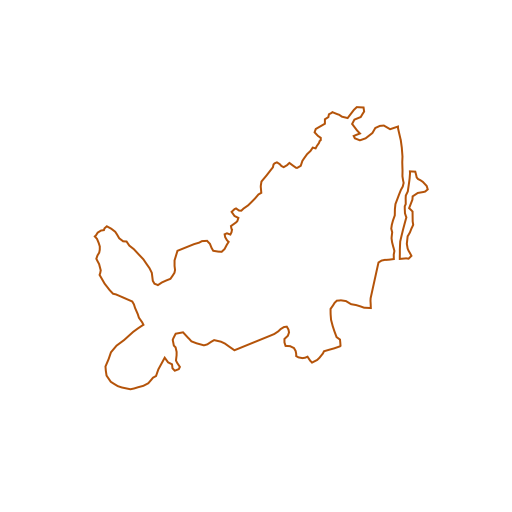 outline of Markz Matay, Al Minya, Egypt, rotated 318°
{"feature_id": "37247803B33553459827704", "entity_name": "Markz Matay", "entity_type": "district", "adm_level": 2, "iso_a3": "EGY", "parent_name": "Egypt", "parent_adm1": "Al Minya", "projection": "robinson", "projection_center": [30.727, 28.431], "detail": "fine", "context": "isolated", "style": "outline", "palette": "amber", "viewbox_px": 512, "rotation_deg": 318, "n_neighbors": 0, "source": "geoboundaries", "source_scale": "gbopen_adm2", "svg_char_len": 4854}
<svg xmlns="http://www.w3.org/2000/svg" viewBox="0 0 512 512"><g transform="rotate(318 256 256)"><path d="M150.8,133.6L149.3,133.6L149.3,136.9L147.8,141.1L146.3,144.4L144.0,146.9L141.7,148.6L138.6,149.5L135.5,151.2L134.8,153.7L134.0,157.0L131.0,162.8L128.7,164.5L127.1,165.4L126.4,168.7L125.0,175.2L124.4,183.5L124.5,188.4L126.2,190.8L133.6,207.0L132.9,210.3L131.4,213.6L129.2,220.2L127.7,223.5L127.0,229.3L126.3,231.8L124.0,231.4L119.8,230.8L114.0,230.2L101.7,230.2L92.4,229.3L83.8,230.5L77.5,234.0L70.2,237.4L67.6,240.8L64.9,244.9L63.9,252.3L64.9,255.9L66.2,260.2L68.3,263.9L73.5,271.0L76.8,272.9L80.5,274.6L85.4,277.1L90.8,278.5L95.5,277.9L98.0,277.5L101.4,278.3L107.6,274.9L120.1,270.5L119.5,276.2L121.1,280.3L118.8,283.6L118.9,286.9L122.9,288.4L125.2,287.5L125.9,282.6L126.6,280.1L130.5,276.7L132.8,274.2L135.1,270.1L135.0,267.6L138.0,262.6L139.6,261.8L144.3,260.0L150.7,263.9L150.8,271.8L150.9,272.4L150.9,273.0L150.9,276.2L153.4,281.1L157.5,287.5L158.6,288.1L160.7,289.1L165.4,289.8L168.6,290.5L172.6,296.2L174.3,300.2L175.2,304.3L176.9,311.6L180.7,313.0L186.0,314.9L213.4,324.8L217.4,326.2L222.1,326.9L225.4,326.8L229.2,327.5L231.6,329.1L231.5,329.7L230.9,332.4L229.4,334.9L226.3,336.6L221.6,336.7L219.3,339.3L217.8,342.6L221.0,345.8L222.6,349.8L221.9,353.1L220.4,355.6L218.9,357.3L219.7,359.7L222.2,363.0L224.5,364.5L226.9,365.3L226.2,370.2L226.3,371.4L226.3,372.7L231.9,374.2L235.0,374.1L240.5,373.2L242.8,372.3L247.6,374.6L252.4,377.0L257.9,379.3L258.7,379.3L260.5,377.0L262.5,374.3L261.6,370.2L263.9,364.4L266.1,359.4L269.1,353.6L272.1,349.7L273.0,348.6L276.0,345.2L280.0,344.3L283.1,343.4L286.2,343.3L288.1,344.8L289.4,345.7L292.7,349.7L294.4,355.4L297.6,359.5L300.0,363.5L301.7,366.7L306.5,371.5L309.1,368.4L311.1,365.9L312.0,365.0L312.9,364.1L315.4,362.3L339.7,344.9L342.7,342.8L346.2,343.4L349.2,345.1L350.0,345.9L352.6,347.9L356.4,350.5L359.2,347.2L362.2,344.9L363.9,341.6L364.1,341.1L366.3,336.9L368.6,333.5L370.0,332.2L373.1,329.5L374.8,326.2L377.8,323.7L381.5,321.3L386.3,318.7L390.7,314.0L394.4,310.7L398.5,308.6L403.5,306.0L408.0,303.8L411.5,302.6L414.6,300.5L416.1,297.9L418.2,294.7L422.1,290.5L423.6,288.7L427.5,284.1L431.4,280.1L436.8,273.1L441.3,266.5L441.3,266.4L445.0,259.7L446.0,257.9L447.1,256.0L448.1,254.8L440.5,251.5L439.1,247.1L438.7,245.9L438.3,244.6L435.1,242.2L430.3,240.7L424.8,242.5L416.2,241.9L411.4,239.9L410.6,239.5L408.2,234.7L408.9,232.2L411.3,233.0L415.2,234.5L415.1,230.4L415.8,222.2L420.4,220.5L426.8,222.8L430.7,221.6L433.0,221.0L435.3,217.6L430.5,212.8L426.6,212.9L416.4,214.8L413.1,210.0L412.3,206.7L411.5,205.3L410.6,203.5L409.0,200.2L408.2,200.3L405.0,199.5L402.7,201.2L398.7,200.5L395.7,203.8L385.4,201.6L382.3,203.3L382.4,208.2L383.2,211.5L381.7,213.2L380.1,213.2L378.6,214.1L374.7,215.0L372.9,215.7L372.3,215.9L370.7,213.4L366.8,214.4L362.1,214.5L357.5,215.5L354.2,216.3L349.6,218.9L345.6,218.1L344.8,217.3L343.9,213.3L343.1,209.2L341.5,209.2L339.9,209.3L336.0,208.5L335.1,206.1L335.1,203.6L334.2,200.4L331.8,199.6L330.3,199.7L327.9,201.4L326.1,201.7L324.9,201.9L317.7,203.2L309.9,204.3L306.8,206.8L305.7,207.9L305.3,208.5L302.2,212.6L299.0,211.9L293.7,212.6L292.0,212.7L288.7,212.9L284.1,213.1L279.2,212.5L278.6,212.4L275.4,212.5L273.8,210.9L273.0,207.3L271.4,206.8L267.4,206.9L266.8,211.9L268.4,215.9L265.8,217.4L265.3,217.6L263.7,217.7L258.4,217.1L257.4,217.0L255.9,219.5L255.9,220.3L253.6,222.0L251.3,222.9L249.6,219.7L247.2,218.9L245.7,221.4L245.0,224.7L245.0,226.3L245.1,227.2L241.9,228.1L237.3,229.8L233.3,229.9L230.9,227.5L227.7,223.5L228.4,220.2L229.9,216.1L229.8,213.7L229.8,212.0L225.8,208.8L222.6,208.0L219.1,206.3L217.8,205.7L201.1,199.6L193.8,204.0L192.6,204.7L188.8,208.9L186.5,212.2L184.2,213.9L181.0,214.8L178.4,215.4L177.1,215.7L173.1,214.2L168.4,212.7L163.6,212.0L163.3,211.2L162.0,208.7L162.7,205.4L165.0,202.1L167.3,198.8L168.7,193.8L169.4,188.1L170.1,183.1L169.9,176.6L169.8,169.2L168.8,163.5L169.3,160.0L169.5,158.6L167.1,156.2L166.2,151.3L166.9,148.0L167.1,147.0L167.6,143.8L166.7,138.9L165.0,134.1L161.9,134.1L160.3,135.0L157.9,133.4L154.0,132.7L150.8,133.6ZM366.0,358.2L367.6,360.1L371.6,359.9L372.4,356.7L372.9,354.2L373.7,351.9L374.9,350.0L376.2,347.9L381.9,342.8L383.4,342.4L385.1,341.8L386.1,341.5L389.9,339.6L391.9,338.8L393.7,338.0L395.6,335.1L402.1,327.7L402.0,325.2L401.8,322.9L409.9,318.8L411.1,317.7L412.3,316.5L418.4,317.4L423.3,320.5L424.8,321.3L428.2,321.4L429.7,318.2L429.6,312.6L428.9,309.7L427.9,307.2L428.0,305.1L429.1,303.2L430.8,299.9L427.5,296.6L427.0,296.1L425.7,297.7L422.0,301.2L420.5,302.5L417.9,304.7L412.0,309.6L407.8,311.3L405.7,313.4L404.5,314.8L403.7,315.7L402.0,317.6L400.9,318.1L399.8,318.6L398.1,320.5L396.4,322.6L395.3,323.9L394.1,326.6L393.6,327.9L390.9,329.6L387.5,331.8L382.9,334.8L377.2,338.7L372.9,341.7L370.5,344.1L366.9,347.8L364.4,350.6L362.4,352.7L360.9,354.4L366.0,358.2Z" fill="none" stroke="#b45309" stroke-width="2"/></g></svg>